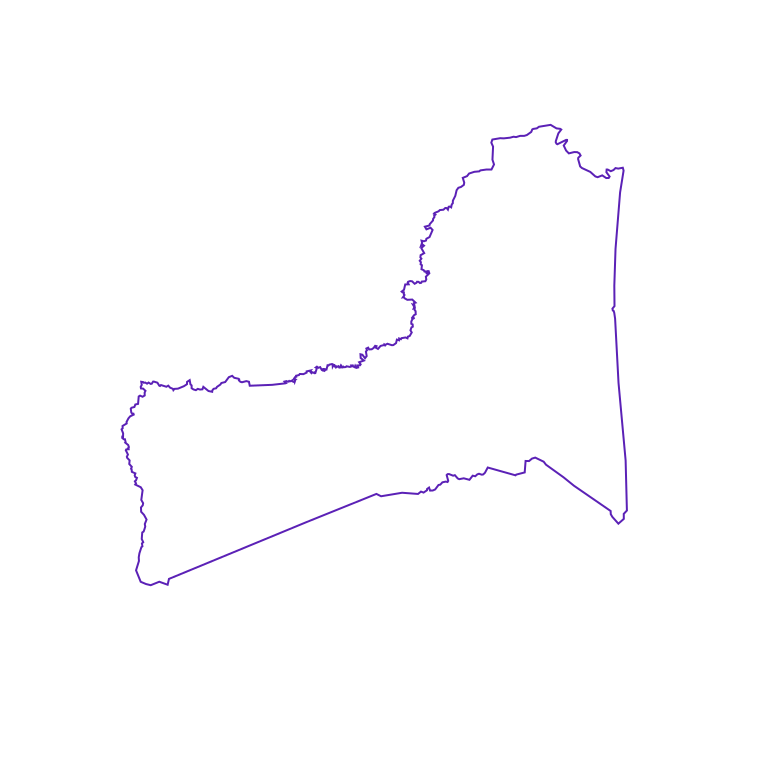 Ellembelle, Western, Ghana (orthographic projection), rotated 253°
{"feature_id": "2480657B39512912083476", "entity_name": "Ellembelle", "entity_type": "district", "adm_level": 2, "iso_a3": "GHA", "parent_name": "Ghana", "parent_adm1": "Western", "projection": "orthographic", "projection_center": [-2.331, 5.15], "detail": "fine", "context": "isolated", "style": "outline", "palette": "violet", "viewbox_px": 768, "rotation_deg": 253, "n_neighbors": 0, "source": "geoboundaries", "source_scale": "gbopen_adm2", "svg_char_len": 6161}
<svg xmlns="http://www.w3.org/2000/svg" viewBox="0 0 768 768"><g transform="rotate(253 384 384)"><path d="M260.5,121.4L274.6,269.6L281.1,344.6L277.5,348.4L274.7,369.5L268.9,384.4L270.3,387.9L268.6,390.1L269.8,394.0L271.0,394.5L271.8,396.8L268.6,396.9L267.9,399.5L268.2,402.1L271.5,406.6L271.3,408.4L272.9,411.1L272.6,414.6L271.7,416.1L272.6,417.1L278.6,417.3L279.2,418.4L278.9,419.8L276.1,423.3L276.1,425.1L272.1,426.9L271.0,428.1L270.5,432.7L267.4,437.7L270.4,442.0L269.1,444.3L270.3,446.8L270.4,448.6L268.7,451.0L268.5,452.4L269.6,454.6L273.8,458.8L258.2,483.1L258.7,483.9L258.3,492.7L269.0,496.9L267.9,500.2L269.4,503.7L269.4,507.1L263.0,514.0L259.5,515.3L242.3,528.4L231.2,535.9L196.3,563.6L193.2,562.8L190.2,563.5L181.9,567.3L184.9,573.9L189.7,575.3L192.0,579.3L240.2,592.7L316.5,608.6L378.9,624.1L384.8,625.0L386.7,625.0L387.4,624.3L389.3,624.5L391.1,627.2L410.7,633.0L445.5,644.9L498.2,665.8L518.0,675.5L521.0,675.6L521.5,671.0L522.8,668.5L521.5,666.0L521.2,663.1L523.7,660.6L524.0,659.6L521.5,658.6L516.4,660.4L515.3,659.1L516.0,656.7L519.7,653.7L519.3,648.8L520.7,646.8L526.5,643.3L532.7,636.4L534.7,635.2L542.4,635.4L543.6,636.0L545.0,638.8L547.4,638.3L549.2,636.6L550.2,633.7L550.5,628.2L554.0,626.4L559.5,625.6L562.9,630.1L563.9,630.4L564.2,629.6L562.6,619.9L563.2,619.3L564.8,618.9L566.0,619.3L572.7,624.0L575.5,627.9L576.5,627.1L578.0,623.7L583.1,619.1L584.7,607.4L583.8,604.9L584.3,601.3L584.1,600.2L582.0,598.5L580.3,593.4L580.3,590.7L581.5,586.7L581.5,582.5L582.6,580.2L582.7,576.6L583.9,570.3L585.1,567.0L586.1,559.1L583.4,557.2L579.1,557.7L566.8,553.3L561.8,553.4L557.7,549.5L559.2,544.4L560.1,538.6L559.5,537.3L560.5,532.4L560.4,526.9L558.5,524.2L558.1,519.6L553.1,519.6L551.1,518.6L549.9,515.2L549.9,512.5L548.1,510.1L543.1,507.2L539.2,503.5L536.7,502.6L535.9,501.3L533.3,499.9L534.4,498.9L534.6,497.7L532.1,496.1L533.9,495.4L534.4,494.1L533.3,491.8L534.0,488.2L533.2,486.7L532.8,482.4L532.2,481.5L530.9,482.6L530.3,481.2L529.0,481.1L527.5,479.2L526.1,478.7L523.5,474.5L522.3,473.8L522.5,469.1L519.5,469.8L519.8,474.2L517.1,475.5L511.2,470.5L510.5,467.0L508.9,466.1L508.8,464.0L510.1,461.8L507.9,461.7L505.6,460.0L506.2,461.6L504.6,462.7L503.1,459.4L497.4,460.7L496.5,456.7L494.5,455.8L492.9,456.4L491.4,454.2L489.7,454.9L487.7,454.0L486.5,455.0L482.8,453.4L481.2,455.3L479.7,455.6L479.5,456.8L477.5,457.1L477.3,457.8L479.2,458.7L478.9,459.7L476.6,459.7L474.4,455.4L471.6,455.0L470.2,453.6L470.9,450.0L469.9,449.2L470.0,447.9L471.6,446.9L472.1,445.5L471.3,444.6L470.9,442.6L474.0,440.9L474.8,439.1L474.7,436.9L474.0,436.3L472.1,436.7L473.0,433.4L468.3,430.7L467.2,427.9L466.2,428.5L465.8,429.8L463.9,429.2L463.1,429.6L461.4,427.5L461.3,428.5L460.0,428.7L457.7,430.9L456.5,435.7L452.6,437.9L452.6,436.3L450.5,436.1L451.4,434.9L448.8,435.5L447.6,434.5L447.6,435.6L446.0,434.9L444.4,435.5L441.4,434.7L441.1,433.0L440.0,431.4L437.4,432.0L439.3,430.6L439.0,430.1L437.8,430.2L435.8,428.4L433.6,427.7L432.6,428.8L430.4,428.3L430.1,426.8L427.6,425.0L425.2,425.6L422.4,422.6L422.3,420.7L420.8,419.8L422.2,418.2L422.7,414.2L421.9,413.3L423.1,411.8L421.4,411.2L422.7,409.3L419.6,407.5L418.5,404.3L418.8,402.9L421.5,399.0L421.0,396.9L421.6,396.2L420.7,396.1L421.3,394.8L421.4,391.8L419.3,388.5L421.0,386.9L422.4,387.9L423.1,386.7L421.5,384.6L420.8,382.4L421.4,379.9L423.4,379.5L423.1,377.5L421.3,377.6L420.3,376.2L415.8,375.6L414.2,373.4L418.3,371.9L419.3,370.2L415.7,369.3L412.3,371.6L412.1,366.6L409.6,367.4L408.9,366.5L409.5,364.0L407.4,364.1L407.5,362.3L409.8,361.8L408.6,360.9L409.8,359.6L410.9,359.6L411.3,358.1L410.3,358.2L410.3,356.4L411.9,353.3L411.4,352.4L411.8,350.4L412.4,350.2L412.1,349.2L414.5,348.3L413.6,347.4L412.9,348.6L412.3,348.5L412.8,346.0L414.4,345.5L413.9,343.0L416.1,343.2L415.2,343.0L415.2,342.0L416.7,342.1L417.0,341.3L415.8,340.1L418.0,340.6L418.3,340.0L418.5,337.4L417.9,336.3L418.4,335.5L414.6,333.2L414.9,332.5L414.0,331.0L414.5,330.7L414.5,331.3L415.7,331.5L416.1,330.2L414.8,329.4L415.6,328.6L418.8,327.9L418.7,325.9L420.2,324.9L419.8,323.8L419.0,325.0L419.0,324.0L418.0,323.9L414.5,321.5L414.6,321.0L415.5,321.1L415.4,319.5L416.6,318.5L415.8,317.7L417.9,316.8L418.4,317.6L418.7,313.7L417.5,313.3L417.0,309.8L418.2,306.4L417.4,305.2L417.6,302.4L416.6,302.2L416.7,301.2L415.6,299.7L414.5,300.6L414.5,299.7L413.8,300.4L412.1,299.2L413.1,299.2L412.4,298.3L413.4,297.1L414.2,297.1L414.0,294.7L414.7,294.2L414.2,292.8L415.3,291.6L415.4,289.6L413.5,290.5L413.5,289.7L415.9,276.8L421.6,255.1L425.6,255.5L427.0,253.2L427.2,248.7L428.1,247.3L429.9,246.3L430.8,246.9L431.5,246.5L433.7,242.6L436.2,241.2L435.9,237.6L432.3,232.7L432.5,228.8L431.3,227.3L430.1,223.5L429.0,222.2L429.2,219.6L428.0,217.9L426.8,217.4L428.6,214.1L434.1,210.4L432.0,208.8L432.5,206.4L433.8,204.5L433.1,202.3L434.5,200.2L436.2,198.8L438.9,199.6L440.3,198.8L444.5,199.3L443.6,196.3L441.4,195.5L440.4,192.0L439.8,185.6L440.6,182.2L439.7,180.8L441.1,180.7L443.0,178.4L445.5,177.2L445.0,175.1L448.2,170.4L447.6,169.2L448.1,168.6L451.5,167.7L453.6,164.6L453.8,163.9L452.2,162.0L452.3,160.9L454.2,159.3L453.6,157.5L455.2,156.1L455.4,154.7L456.3,154.2L457.1,152.5L454.0,152.1L452.4,150.5L450.8,150.3L450.0,152.3L447.2,153.9L445.8,152.6L443.0,151.8L442.4,149.4L444.2,147.3L443.8,145.8L436.9,143.0L437.1,140.2L435.0,138.6L435.1,135.6L434.4,134.6L430.6,134.0L429.2,134.6L428.9,135.7L427.9,135.7L427.3,131.8L425.9,129.6L423.0,126.7L421.5,126.4L420.3,121.7L418.0,121.1L417.4,119.8L413.1,120.1L409.2,118.8L409.8,118.2L409.0,117.9L407.2,119.0L406.9,120.1L403.9,119.9L403.6,119.4L400.5,121.5L398.3,121.6L397.5,121.2L397.4,120.5L396.3,120.6L396.8,118.4L396.1,117.7L391.4,118.5L389.6,116.8L388.5,116.8L385.3,118.4L382.0,117.0L378.5,118.6L376.9,117.3L376.3,117.7L373.7,117.2L371.2,120.1L369.6,118.9L367.9,118.9L366.5,120.3L364.4,118.7L363.8,117.3L361.5,117.8L360.6,116.7L356.4,121.2L353.0,122.1L344.1,118.0L340.4,118.8L338.5,117.8L337.0,115.5L332.8,114.4L329.1,116.2L323.8,117.3L320.0,114.3L317.5,114.0L315.1,112.4L313.2,111.0L312.7,109.4L306.6,107.0L303.1,107.5L302.3,105.9L299.4,105.5L298.9,104.3L293.6,100.6L290.0,98.8L286.4,97.9L278.3,92.4L266.0,93.5L262.3,97.9L259.8,102.1L260.6,111.3L255.3,118.4L260.5,121.4Z" fill="none" stroke="#5b21b6" stroke-width="2"/></g></svg>